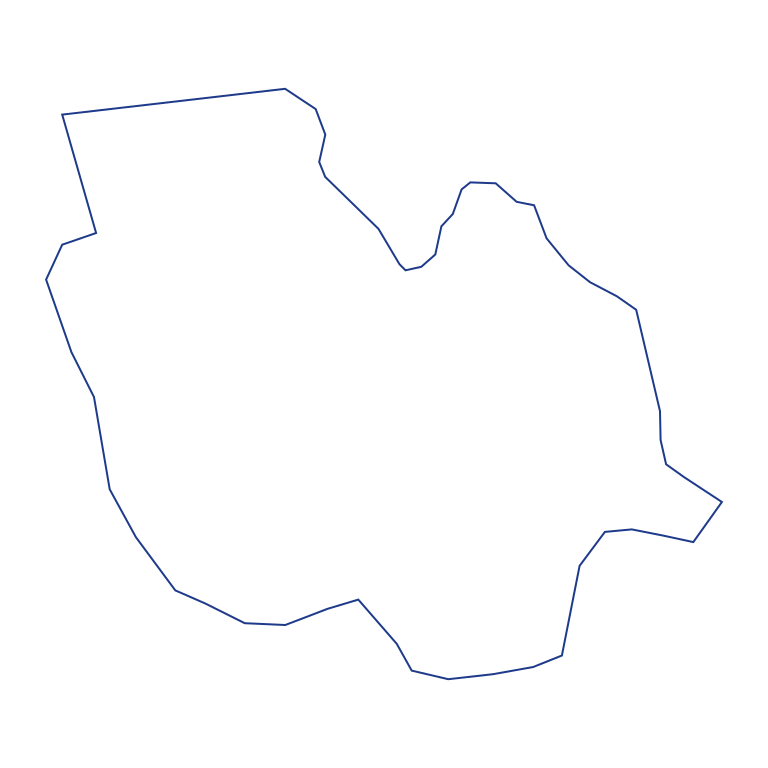 the district of Butembo, Nord-Kivu, Democratic Republic of the Congo, rotated 180°
{"feature_id": "63176286B17770065929195", "entity_name": "Butembo", "entity_type": "district", "adm_level": 2, "iso_a3": "COD", "parent_name": "Democratic Republic of the Congo", "parent_adm1": "Nord-Kivu", "projection": "mercator", "projection_center": [29.271, 0.138], "detail": "fine", "context": "isolated", "style": "outline", "palette": "blue", "viewbox_px": 768, "rotation_deg": 180, "n_neighbors": 0, "source": "geoboundaries", "source_scale": "gbopen_adm2", "svg_char_len": 808}
<svg xmlns="http://www.w3.org/2000/svg" viewBox="0 0 768 768"><g transform="rotate(180 384 384)"><path d="M705.8,653.4L671.9,535.0L705.8,523.3L721.9,488.4L696.6,415.9L674.0,370.9L658.3,278.7L632.1,230.8L592.7,177.6L562.7,164.5L523.3,144.8L482.7,143.0L440.7,159.1L409.7,168.4L371.2,124.1L356.3,97.4L319.8,88.8L275.0,93.8L234.8,101.0L206.1,112.5L188.4,202.2L163.1,236.1L136.2,238.6L104.3,232.3L74.7,225.9L46.1,266.0L84.0,290.9L101.9,303.7L107.4,327.9L108.0,356.8L131.8,458.2L151.1,471.7L178.0,485.8L199.4,502.7L221.4,529.6L233.9,562.7L251.4,566.2L272.3,584.7L297.7,585.6L306.4,578.6L315.2,554.0L326.6,541.7L332.7,513.5L346.7,501.2L362.5,497.7L368.6,503.9L389.5,539.1L439.8,588.2L442.8,591.1L448.8,606.0L442.7,633.4L452.3,658.9L482.9,679.2L705.8,653.4Z" fill="none" stroke="#1e3a8a" stroke-width="2"/></g></svg>